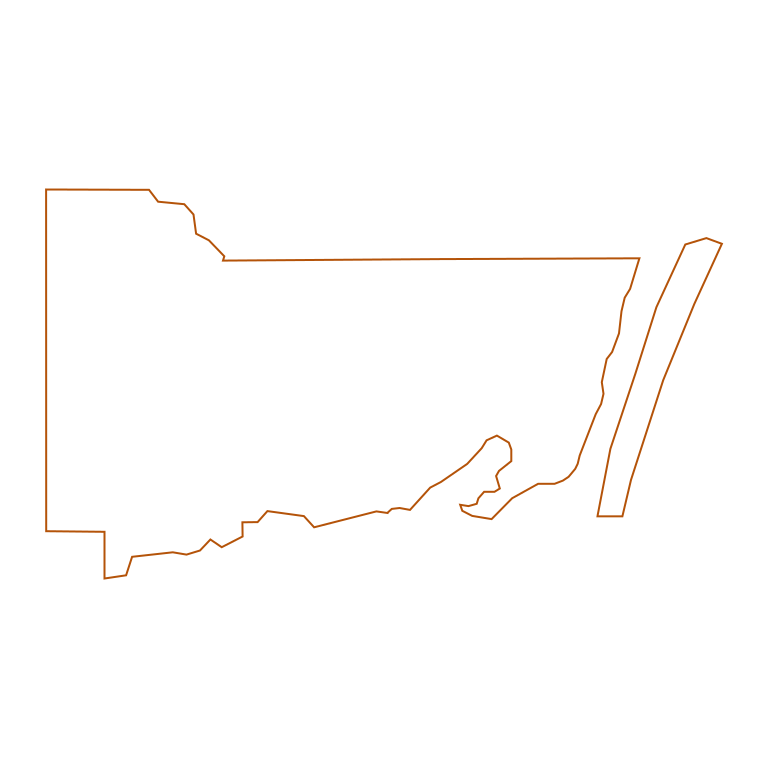 Kleberg, United States of America
{"feature_id": "52423323B47433581718173", "entity_name": "Kleberg", "entity_type": "district", "adm_level": 2, "iso_a3": "USA", "parent_name": "United States of America", "parent_adm1": "", "projection": "orthographic", "projection_center": [-97.582, 27.423], "detail": "fine", "context": "isolated", "style": "outline", "palette": "amber", "viewbox_px": 768, "rotation_deg": 0, "n_neighbors": 0, "source": "geoboundaries", "source_scale": "gbopen_adm2", "svg_char_len": 1169}
<svg xmlns="http://www.w3.org/2000/svg" viewBox="0 0 768 768"><path d="M46.2,531.2L104.5,531.8L104.5,578.5L126.1,575.3L132.1,556.8L172.8,552.3L186.5,554.6L200.0,550.5L210.4,539.5L221.7,547.2L242.6,536.5L242.4,522.3L257.6,522.1L267.4,511.1L303.9,516.1L314.1,527.3L376.4,511.4L387.6,513.0L387.7,512.6L391.8,508.9L399.6,508.0L410.0,509.9L430.2,487.6L440.9,482.0L467.2,463.9L481.7,448.2L486.6,440.3L496.9,435.6L508.8,442.6L511.3,449.5L511.3,461.1L499.0,470.9L496.1,476.0L499.8,488.5L494.5,491.8L484.1,491.8L478.4,498.3L476.7,503.8L468.5,506.1L460.2,504.8L462.3,510.8L472.2,515.9L491.6,519.1L512.2,498.2L538.1,483.8L554.6,483.8L562.9,480.6L568.6,476.8L575.2,468.9L577.7,463.8L579.7,455.5L595.7,414.2L601.1,404.0L603.5,393.8L601.8,382.2L606.7,359.0L612.1,352.0L619.0,333.4L621.5,311.2L624.7,297.7L630.1,288.9L639.4,258.3L439.2,259.1L223.0,260.6L224.3,256.3L208.9,240.3L196.1,233.7L193.5,214.5L184.3,204.2L158.1,201.7L149.0,189.8L141.1,189.8L46.1,189.5L46.2,531.2ZM685.3,244.5L656.4,307.2L635.4,373.6L610.4,448.8L597.8,514.5L597.5,516.3L622.4,516.3L631.0,479.9L663.2,380.2L694.3,304.0L721.9,243.8L706.4,238.1L685.3,244.5Z" fill="none" stroke="#b45309" stroke-width="2"/></svg>